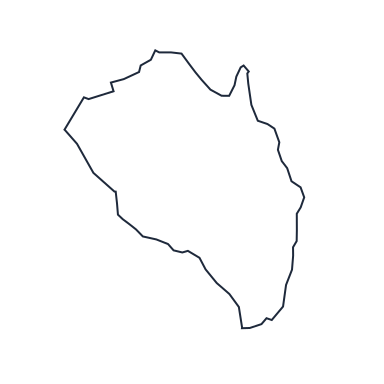 outline of Askersund, Orebro, Sweden, rotated 75°
{"feature_id": "70781695B5834456968412", "entity_name": "Askersund", "entity_type": "district", "adm_level": 2, "iso_a3": "SWE", "parent_name": "Sweden", "parent_adm1": "Orebro", "projection": "robinson", "projection_center": [14.979, 58.853], "detail": "fine", "context": "isolated", "style": "outline", "palette": "slate", "viewbox_px": 384, "rotation_deg": 75, "n_neighbors": 0, "source": "geoboundaries", "source_scale": "gbopen_adm2", "svg_char_len": 1019}
<svg xmlns="http://www.w3.org/2000/svg" viewBox="0 0 384 384"><g transform="rotate(75 192 192)"><path d="M336.5,179.0L338.3,171.4L337.6,159.1L333.2,152.7L336.3,148.1L326.2,133.7L306.1,125.2L292.9,115.5L279.7,110.8L271.5,108.7L266.5,103.6L256.4,100.7L240.1,96.4L235.0,91.0L226.2,85.0L215.6,85.9L207.4,93.1L193.6,93.9L185.4,97.3L173.5,98.1L166.6,94.8L152.1,96.0L145.9,101.5L140.2,110.0L123.2,112.1L101.9,109.6L91.8,107.9L90.3,106.0L83.2,109.4L84.2,112.7L92.0,119.3L99.9,123.3L108.7,131.2L106.7,138.5L97.9,147.7L86.1,153.7L77.3,157.7L67.4,161.7L55.6,166.3L51.7,176.2L48.7,187.5L45.7,190.8L53.6,197.5L56.5,208.8L62.4,212.1L65.3,228.7L65.3,242.0L74.4,241.7L75.5,267.8L72.6,271.9L98.8,299.0L99.1,298.8L115.7,290.6L148.0,282.3L171.5,266.8L171.9,265.6L183.7,267.4L194.7,269.4L200.4,265.9L206.1,261.4L213.6,255.8L222.2,251.0L228.6,238.7L236.1,228.6L243.6,224.9L247.9,217.0L247.8,211.2L257.5,201.8L270.3,198.9L286.3,191.7L300.2,182.3L315.2,176.5L335.8,178.7L336.5,179.0Z" fill="none" stroke="#1e293b" stroke-width="2"/></g></svg>